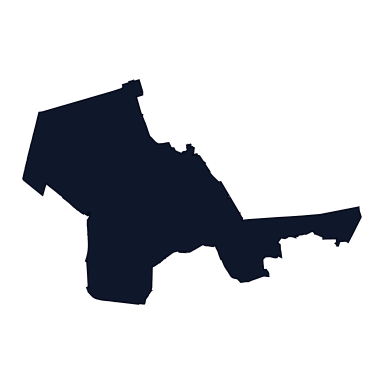 the district of Nijkerk, Gelderland, Netherlands
{"feature_id": "6326949B35923239833945", "entity_name": "Nijkerk", "entity_type": "district", "adm_level": 2, "iso_a3": "NLD", "parent_name": "Netherlands", "parent_adm1": "Gelderland", "projection": "albers", "projection_center": [5.5, 52.215], "detail": "fine", "context": "isolated", "style": "filled", "palette": "ink", "viewbox_px": 384, "rotation_deg": 0, "n_neighbors": 0, "source": "geoboundaries", "source_scale": "gbopen_adm2", "svg_char_len": 5659}
<svg xmlns="http://www.w3.org/2000/svg" viewBox="0 0 384 384"><path d="M39.1,112.5L37.1,120.6L36.5,123.2L35.4,127.7L35.2,128.4L35.0,129.1L34.6,130.6L34.3,132.1L33.7,134.0L32.6,138.8L32.4,139.5L32.4,140.0L32.0,141.2L31.5,143.0L30.7,145.9L30.6,146.7L29.5,151.0L28.5,154.8L28.1,156.5L27.9,157.3L27.6,158.7L27.3,160.8L26.9,161.8L26.5,163.5L26.1,165.0L26.0,165.8L25.5,167.4L25.0,170.7L24.7,171.3L24.5,172.1L24.1,173.9L23.2,177.9L23.0,178.7L23.5,179.7L23.6,179.9L32.6,187.2L37.7,191.3L40.9,193.9L42.6,195.2L43.8,190.8L44.8,187.1L46.0,183.4L56.5,191.6L59.9,194.5L61.9,195.7L63.2,197.8L64.8,199.0L68.9,202.2L73.9,206.8L75.3,207.9L76.8,209.0L76.9,209.3L77.1,209.6L78.0,210.1L78.4,210.2L80.5,211.7L80.4,211.9L81.0,212.3L82.0,213.0L83.4,213.8L83.7,213.1L87.4,215.3L87.6,214.3L88.2,212.2L89.2,212.5L89.9,212.9L89.6,213.3L88.7,215.3L90.0,216.0L89.6,216.7L89.0,218.0L87.9,219.9L87.8,220.6L87.9,220.8L87.8,221.0L87.6,220.8L87.6,222.6L87.5,224.1L87.6,225.9L87.7,227.2L87.8,227.3L87.9,228.4L87.9,229.4L88.0,229.8L87.9,230.0L88.1,232.0L88.0,235.1L88.4,235.5L88.4,238.3L88.3,238.8L88.5,239.5L88.6,244.0L88.6,246.3L88.5,248.5L88.4,249.7L88.1,252.2L87.5,255.2L86.8,257.8L86.8,258.0L85.7,261.0L86.2,261.4L86.8,261.3L87.3,261.6L87.0,262.1L87.8,273.9L88.2,282.7L88.4,285.0L88.4,286.4L88.6,287.0L87.4,287.3L86.8,287.7L87.6,289.5L88.1,290.7L88.2,291.6L91.2,294.9L92.5,296.2L93.4,297.0L94.3,297.6L95.9,298.3L97.6,298.9L97.9,298.7L100.0,299.4L102.0,299.8L107.3,300.4L108.2,300.4L113.8,301.1L114.3,301.3L114.6,301.3L114.6,301.2L138.4,304.0L138.4,303.3L144.2,303.9L144.5,303.5L144.8,302.8L144.9,301.9L145.0,301.5L144.9,300.9L145.1,300.4L145.3,299.9L145.3,299.7L145.5,299.0L145.9,298.6L146.1,298.2L146.7,297.3L147.4,296.6L147.7,296.2L148.3,294.9L148.6,294.2L148.7,293.8L149.3,293.3L149.7,292.6L150.8,291.1L151.1,290.7L151.6,290.4L151.4,290.2L150.9,289.9L150.9,289.4L151.4,288.0L151.6,286.7L151.6,285.8L151.5,285.2L151.6,284.7L151.6,284.2L151.6,283.8L151.6,283.7L151.8,277.9L152.0,267.8L152.2,267.0L152.4,266.7L153.2,266.3L154.4,265.8L156.2,264.6L159.1,262.6L159.4,262.7L159.7,262.5L159.3,262.2L159.6,261.9L159.8,262.1L161.9,260.6L164.5,257.9L164.9,258.4L165.8,257.6L165.9,257.3L165.6,256.9L166.6,255.9L167.2,256.4L171.9,252.9L173.5,251.9L178.2,250.7L178.7,251.2L179.2,252.0L185.6,252.4L185.5,251.9L189.2,252.0L190.4,251.5L193.3,249.8L193.7,249.6L193.9,249.6L196.0,248.3L200.4,245.8L201.8,244.9L202.0,244.5L202.4,244.6L203.2,244.6L203.6,244.7L205.6,245.5L208.5,245.6L209.2,245.8L213.2,246.4L213.5,246.3L215.4,245.2L216.2,247.6L216.6,248.5L217.9,250.7L217.9,251.0L218.3,251.7L219.1,254.4L219.5,255.6L220.6,258.1L220.5,258.3L221.0,259.2L221.5,259.0L221.6,258.9L222.2,260.3L222.8,261.5L223.6,263.6L225.1,266.8L227.7,270.8L228.0,271.1L228.7,272.1L228.8,272.5L230.2,274.7L230.3,275.0L230.7,275.4L231.1,276.1L231.5,276.6L232.1,277.1L232.6,277.4L233.1,277.7L233.8,277.9L236.8,278.5L237.6,278.8L238.3,279.4L238.5,279.7L239.9,281.2L240.8,282.2L245.2,281.5L245.9,281.4L248.2,281.5L248.6,281.4L251.2,280.2L252.5,279.7L258.0,277.8L258.4,277.6L258.5,277.5L258.9,277.4L263.7,275.8L264.4,275.8L268.1,276.3L268.7,276.3L268.4,275.4L268.6,274.7L268.5,273.5L268.0,272.2L267.7,271.7L266.6,270.4L266.1,269.6L263.6,269.8L263.1,267.4L263.2,267.2L263.1,266.9L263.2,266.6L262.8,263.3L262.6,259.3L265.4,256.6L271.3,256.4L271.2,256.7L274.3,257.5L275.0,257.6L277.0,257.4L277.7,255.5L281.4,257.3L281.1,254.9L280.7,251.7L280.2,249.9L280.0,244.8L279.8,244.6L277.5,242.6L281.0,237.7L284.9,238.4L287.1,237.5L287.2,237.2L288.7,236.3L292.1,236.5L293.2,236.7L295.7,237.6L295.7,237.4L295.3,236.9L295.3,236.5L295.4,236.1L295.5,236.1L295.8,236.0L297.3,236.3L297.6,236.2L297.9,236.1L298.1,235.0L299.7,234.8L300.8,234.7L302.3,234.5L303.1,234.3L304.2,233.9L305.2,233.9L306.0,234.1L306.6,233.8L308.7,232.8L311.1,231.6L312.3,231.2L312.6,231.1L313.4,231.7L314.3,232.7L314.8,233.8L315.2,233.9L315.3,233.8L316.9,234.4L318.3,234.9L319.1,235.1L319.7,235.5L319.9,235.7L323.0,236.8L323.1,239.0L323.4,239.0L323.4,238.8L323.9,238.8L336.6,238.6L336.7,242.5L335.4,243.3L335.9,243.6L336.6,245.1L337.0,245.5L337.1,245.9L338.2,245.9L339.7,241.4L346.2,241.0L348.1,242.3L351.9,235.1L361.0,217.0L360.0,213.7L359.1,211.1L358.7,207.1L358.2,207.3L320.3,214.7L301.5,216.3L286.5,217.3L277.5,217.8L273.3,218.1L259.2,219.1L248.9,219.8L242.2,220.5L242.3,218.0L241.8,217.9L239.8,214.2L239.7,212.9L239.1,213.0L230.1,197.7L230.1,197.8L228.1,198.2L227.7,195.8L228.9,195.7L220.7,181.8L218.7,182.3L216.3,180.0L212.3,176.0L210.0,173.3L209.9,173.1L209.7,171.5L206.0,166.0L204.5,163.6L205.2,163.1L204.4,162.3L203.9,162.7L199.5,156.0L196.8,155.2L197.1,154.2L196.6,154.0L193.1,154.8L193.1,154.5L193.2,154.4L193.4,152.7L193.6,152.2L193.7,150.0L194.0,148.8L194.1,148.2L194.1,147.9L193.9,147.8L192.9,147.3L191.9,146.6L191.4,146.6L190.3,146.8L190.2,146.7L190.8,144.7L190.5,144.3L189.0,145.0L188.0,144.6L187.9,144.9L186.7,145.2L187.0,146.4L186.9,147.5L187.0,148.2L187.5,148.6L187.4,149.8L186.8,150.9L186.1,151.4L185.9,151.4L185.6,151.7L185.2,151.7L184.5,151.7L183.8,151.7L182.9,152.1L182.6,152.3L183.2,152.9L181.3,153.8L181.2,153.5L178.9,152.6L174.7,150.7L174.7,149.8L174.5,149.5L174.0,148.4L173.7,148.0L173.0,148.3L172.8,148.0L172.7,148.0L172.2,148.0L171.5,148.6L168.7,142.8L167.5,143.0L166.3,143.1L165.2,143.4L163.0,143.8L158.4,144.1L155.7,142.6L155.1,142.1L151.9,138.6L149.5,136.3L147.8,131.5L147.2,129.5L144.9,122.9L144.8,122.7L144.7,122.7L142.3,116.7L142.3,115.9L142.4,115.5L142.5,114.8L141.5,115.0L141.4,114.6L140.3,111.3L138.8,106.0L136.3,97.0L136.4,96.7L142.5,94.8L142.5,91.7L139.0,80.0L134.0,81.5L133.6,80.4L131.2,81.3L129.1,81.7L129.4,82.8L122.7,84.8L123.1,87.5L121.2,88.9L111.2,92.1L42.0,112.2L39.1,112.5Z" fill="#0f172a" stroke="#020617" stroke-width="1.5"/></svg>